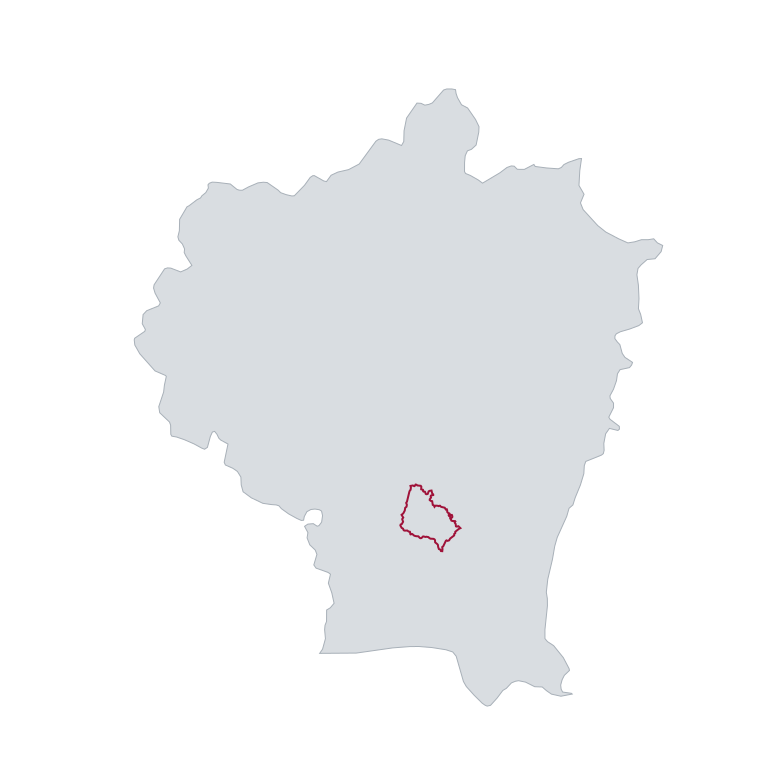 Baranovichy, Brest, Belarus (highlighted), rotated 279°
{"feature_id": "67162791B97838850570601", "entity_name": "Baranovichy", "entity_type": "district", "adm_level": 2, "iso_a3": "BLR", "parent_name": "Belarus", "parent_adm1": "Brest", "projection": "orthographic", "projection_center": [25.916, 53.118], "detail": "medium", "context": "in_parent", "style": "outline", "palette": "rose", "viewbox_px": 768, "rotation_deg": 279, "n_neighbors": 0, "source": "geoboundaries", "source_scale": "gbopen_adm2", "svg_char_len": 5620}
<svg xmlns="http://www.w3.org/2000/svg" viewBox="0 0 768 768"><g transform="rotate(279 384 384)"><path d="M637.6,543.8L625.3,544.0L610.6,545.5L602.7,551.9L593.6,549.7L587.4,553.4L573.9,570.3L568.8,579.3L564.2,592.8L561.5,602.8L563.7,609.5L566.8,615.7L567.9,622.5L569.6,627.7L566.2,631.9L564.4,637.6L558.1,637.0L550.1,632.1L548.1,624.4L541.9,619.3L537.9,616.8L531.5,616.7L521.4,619.8L508.2,622.5L498.2,623.5L492.9,626.6L484.9,629.7L481.6,626.6L476.7,618.0L472.6,609.3L469.9,605.6L467.7,604.6L465.0,604.9L462.0,607.9L459.8,610.8L451.5,614.5L448.0,617.8L444.2,626.1L441.5,625.6L438.6,623.9L435.1,614.9L430.6,613.0L423.6,613.1L414.8,611.5L407.6,609.0L405.1,609.7L401.0,613.7L396.5,614.4L386.4,611.2L384.5,612.8L379.0,623.0L376.3,623.6L374.7,622.3L375.4,613.6L369.5,610.7L359.7,610.4L352.9,611.8L349.5,611.5L347.8,609.9L339.1,595.4L334.7,594.6L326.7,595.4L315.0,593.8L301.5,590.6L294.1,589.5L290.2,586.2L281.9,585.2L259.6,579.1L250.5,578.0L237.1,577.8L216.8,576.3L203.7,576.9L197.6,578.9L190.6,580.1L166.4,581.4L157.7,582.8L155.1,585.8L152.1,592.5L141.8,603.9L131.9,611.3L130.1,612.0L124.5,607.7L119.8,606.2L114.3,605.6L110.3,606.7L107.7,608.6L107.8,617.6L107.2,618.4L103.3,607.6L103.9,597.9L106.5,592.5L109.5,587.7L108.6,580.2L111.7,570.4L112.0,563.3L110.9,560.2L108.7,556.6L102.6,552.5L99.9,549.3L91.6,544.9L83.3,539.5L82.0,536.3L82.5,534.2L84.1,530.9L90.8,521.6L98.1,512.6L102.6,509.0L126.4,497.9L130.1,493.8L131.2,486.8L131.2,472.6L130.2,459.6L128.7,450.6L124.7,433.8L113.9,398.7L107.9,362.6L112.5,364.8L123.3,366.0L132.0,363.8L136.5,363.5L140.4,364.4L151.8,362.7L154.6,366.0L159.6,369.0L169.6,365.1L178.6,360.2L187.7,360.9L189.1,358.4L191.5,345.7L194.3,343.0L205.2,344.4L209.2,342.1L213.5,335.9L220.0,332.1L225.3,332.1L231.0,327.8L233.7,330.7L235.0,336.0L233.1,340.2L233.9,341.9L237.8,344.0L244.4,343.9L248.7,342.2L249.7,339.8L249.7,335.4L248.6,331.4L245.8,327.8L240.6,326.0L236.9,325.9L236.3,323.7L237.6,318.9L240.8,310.1L244.8,302.2L247.3,299.2L247.7,296.4L247.3,291.6L247.2,283.0L250.8,270.8L255.5,261.7L261.9,258.8L269.7,257.2L274.7,252.9L277.1,247.9L279.2,240.0L281.7,238.4L300.3,239.3L303.1,231.5L304.7,229.3L308.2,226.9L310.7,224.1L309.7,222.0L305.0,220.7L293.8,219.5L291.5,217.0L292.2,213.9L295.1,205.8L297.8,195.4L299.2,187.4L299.3,182.6L300.9,181.3L309.9,179.7L312.9,178.1L320.5,167.0L326.4,165.1L341.6,167.6L348.6,167.3L357.5,167.8L358.3,166.7L361.1,155.8L375.6,138.1L383.5,131.8L388.5,130.4L390.2,130.6L398.6,139.5L400.5,139.8L405.7,135.8L414.9,135.2L419.3,138.2L425.9,149.2L429.1,150.4L437.9,143.7L442.7,141.4L446.0,141.4L463.4,149.3L464.8,152.0L465.1,155.3L462.9,165.6L466.8,171.7L471.1,175.7L479.5,168.3L482.6,166.1L486.2,165.9L490.7,163.0L493.9,158.9L497.1,157.4L503.4,157.9L514.7,156.4L528.2,161.7L529.5,163.5L536.6,170.3L539.1,173.7L541.4,174.7L545.1,178.0L550.0,179.9L553.2,179.0L554.9,180.0L556.5,182.7L557.0,187.4L557.5,200.9L553.2,208.3L552.8,210.8L553.2,213.8L557.4,219.3L562.9,228.0L564.4,233.2L564.7,237.1L558.9,249.1L556.8,252.0L555.7,257.8L555.3,263.6L555.9,266.0L567.8,274.4L576.5,278.8L578.6,281.1L578.9,282.6L575.1,292.8L574.9,295.5L581.9,299.1L586.1,305.3L590.2,315.5L597.4,325.1L622.5,338.0L624.8,340.4L625.8,343.5L625.6,350.5L622.3,364.0L626.6,365.6L637.2,364.2L650.2,364.7L666.6,372.6L667.0,376.7L665.8,380.7L667.2,384.6L669.2,387.8L683.7,396.9L685.2,399.8L686.0,404.9L685.9,408.6L682.3,409.7L678.3,411.8L671.9,416.9L669.7,423.4L659.5,433.1L653.0,437.6L647.5,438.2L634.4,437.6L629.5,433.7L627.3,429.9L622.2,428.5L615.5,428.9L606.4,430.3L604.7,431.6L603.5,436.6L600.3,445.1L597.8,449.9L610.7,465.4L617.1,471.6L619.3,475.6L619.5,478.5L616.9,482.1L617.9,489.0L624.3,497.7L622.5,499.3L622.8,510.6L623.8,522.5L625.6,525.3L628.9,527.4L631.9,531.6L637.0,541.2L637.6,543.8Z" fill="#d9dde1" stroke="#a8b0b8" stroke-width="1"/><path d="M262.2,424.3L259.3,423.3L257.5,421.8L255.1,423.9L253.4,423.1L250.9,424.4L248.5,423.5L247.8,422.4L246.8,422.3L244.7,423.9L244.1,425.4L242.6,426.4L242.4,427.3L242.9,429.9L242.1,431.5L242.1,432.7L239.7,433.6L239.6,434.0L240.3,434.9L240.2,435.5L238.9,437.6L238.7,439.3L238.9,441.8L237.6,443.4L237.4,444.1L237.7,445.1L239.5,446.4L239.6,447.1L239.4,448.8L239.8,449.9L239.7,451.9L239.1,452.6L238.5,454.0L238.8,457.1L238.5,458.1L237.8,458.8L235.6,459.3L234.2,461.7L233.5,462.4L231.5,463.0L229.6,464.0L229.2,465.6L227.9,466.4L228.0,467.7L230.1,467.6L232.0,467.0L233.0,467.9L238.7,469.6L239.3,470.1L239.0,471.3L239.8,472.8L241.7,473.5L245.4,477.0L246.8,476.8L247.8,477.7L249.2,477.5L252.5,480.5L253.6,482.0L255.1,479.9L255.2,479.5L254.7,478.7L254.5,477.7L254.7,477.3L256.9,476.7L257.9,475.7L258.5,475.4L259.4,476.0L259.7,475.7L259.4,472.8L259.7,471.8L260.8,471.4L261.4,470.5L261.9,470.3L262.3,470.6L262.5,471.7L262.9,472.2L263.5,472.3L264.5,472.0L265.3,471.5L265.2,470.8L263.9,469.9L263.6,469.5L263.8,468.9L264.5,468.4L264.8,468.4L265.4,469.3L265.9,469.3L266.4,468.8L266.7,467.5L267.5,466.5L269.3,466.1L270.1,465.6L269.7,464.7L271.3,463.3L271.6,459.8L271.9,459.0L272.5,458.5L272.5,458.1L271.9,456.9L272.1,456.4L272.0,454.2L271.7,453.7L270.6,453.1L272.0,452.1L272.2,451.1L275.8,449.9L275.9,448.4L276.5,447.3L277.3,447.2L279.2,448.2L280.2,447.7L281.1,447.8L281.6,448.5L281.7,449.3L282.0,450.0L282.6,449.9L283.7,448.6L286.2,447.6L285.6,445.7L284.9,444.9L282.3,444.4L281.9,443.7L281.8,443.0L282.0,442.4L283.8,441.5L284.1,441.0L283.9,439.9L284.3,439.4L285.6,439.0L285.8,437.2L288.5,436.9L289.2,436.2L289.0,432.8L289.6,431.9L289.6,430.9L288.0,430.2L287.8,429.8L288.3,428.4L287.5,426.1L285.8,426.8L283.6,426.8L282.8,426.2L281.5,425.9L271.5,425.1L270.0,424.5L268.5,425.4L267.5,425.5L266.3,425.4L265.0,424.3L262.2,424.3Z" fill="none" stroke="#9f1239" stroke-width="2"/></g></svg>